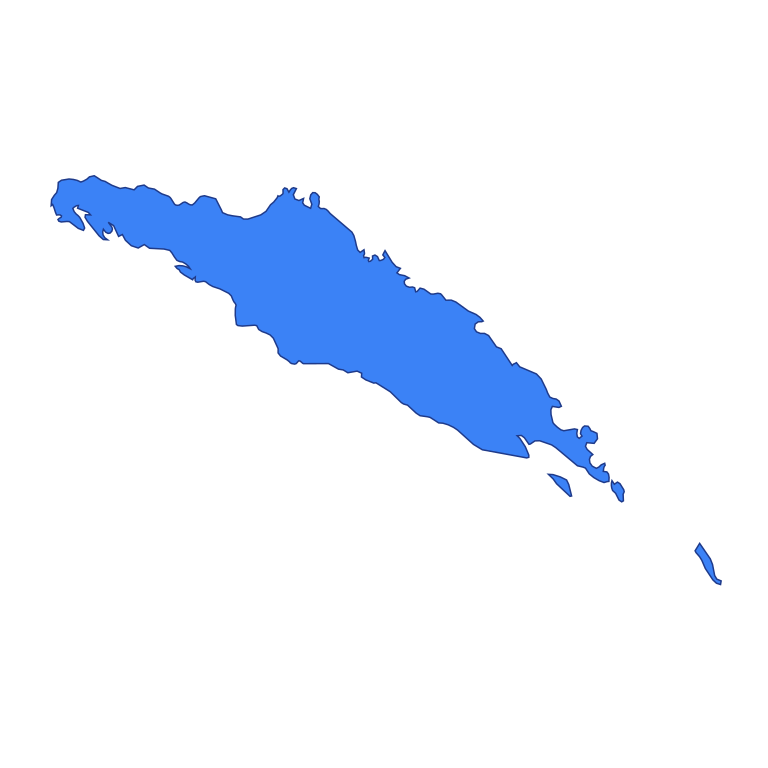 SVG path tracing the border of Nord, rotated 167°
{"feature_id": "NCL-559", "entity_name": "Nord", "entity_type": "Province", "adm_level": 1, "iso_a3": "NCL", "parent_name": "New Caledonia", "parent_adm1": "", "projection": "natural_earth1", "projection_center": [164.928, -20.615], "detail": "fine", "context": "isolated", "style": "filled", "palette": "blue", "viewbox_px": 768, "rotation_deg": 167, "n_neighbors": 0, "source": "natural_earth", "source_scale": "10m", "svg_char_len": 5405}
<svg xmlns="http://www.w3.org/2000/svg" viewBox="0 0 768 768"><g transform="rotate(167 384 384)"><path d="M445.0,591.2L444.4,590.6L442.8,590.6L440.8,591.5L439.3,592.4L439.5,592.3L438.7,596.1L436.7,597.4L434.6,596.1L433.5,592.3L431.8,594.0L430.0,595.3L428.0,595.6L425.4,594.1L429.8,588.8L429.2,584.3L425.6,581.9L420.6,582.9L422.5,578.8L421.4,576.1L416.0,571.7L413.9,575.4L414.6,581.2L412.8,584.8L410.4,586.5L408.1,585.9L406.3,583.8L405.0,580.9L405.9,578.7L406.0,576.4L406.8,574.0L408.1,571.7L406.4,569.3L404.8,568.8L403.0,568.5L401.0,567.1L399.7,565.3L398.1,562.2L381.1,539.2L380.0,535.5L379.7,529.6L379.8,525.3L379.5,520.5L377.7,517.6L373.3,519.3L373.6,515.7L373.9,514.9L375.0,513.7L375.0,511.6L373.5,511.6L372.4,511.2L370.1,510.0L371.5,507.9L371.2,506.7L369.6,506.7L367.0,508.1L366.4,511.3L363.8,511.7L361.7,509.6L360.8,505.3L359.4,505.1L356.5,505.6L354.7,507.1L356.1,510.0L354.6,511.9L353.0,513.7L348.7,500.8L345.8,495.6L342.0,493.0L346.4,489.4L344.4,487.1L339.5,484.9L335.7,481.6L339.3,481.2L341.2,479.5L341.5,477.0L340.2,474.3L337.4,472.5L334.4,472.1L332.5,470.9L332.4,466.7L330.9,466.7L327.3,469.3L323.7,467.4L318.2,461.2L315.8,460.5L311.1,460.3L308.6,459.2L307.7,457.8L304.8,451.7L299.6,450.6L295.5,447.7L285.4,436.1L278.6,431.0L275.5,427.3L273.2,423.0L274.7,422.7L278.1,423.4L281.7,421.9L283.5,417.6L282.1,414.0L278.7,411.6L274.7,410.7L271.2,407.7L266.1,394.9L261.9,392.0L254.9,373.2L253.6,374.2L252.6,374.4L251.5,374.6L250.2,375.0L247.9,370.2L233.2,359.5L229.7,353.5L227.1,342.3L226.6,338.5L225.4,334.0L222.7,331.9L219.6,330.6L217.3,328.0L216.2,322.4L218.8,321.8L225.0,324.3L227.2,321.4L228.1,316.8L228.1,308.4L227.2,306.5L224.8,302.9L221.9,299.5L219.3,298.0L208.5,297.4L205.8,296.1L207.3,292.5L207.5,289.0L206.0,287.1L202.8,288.7L203.7,291.4L202.4,294.5L200.2,297.0L198.0,298.0L194.6,296.9L193.5,294.4L192.9,291.9L191.0,290.7L187.6,288.0L188.3,282.6L192.6,278.9L199.6,281.2L201.7,278.0L200.8,274.6L196.4,268.3L199.1,267.0L200.8,264.4L201.1,260.8L199.6,257.1L196.1,254.1L193.4,254.7L190.5,256.4L186.8,257.1L186.8,255.1L188.0,254.0L188.8,252.7L190.0,249.5L186.6,248.2L185.5,245.7L185.7,242.3L186.8,238.5L188.6,238.7L191.8,238.5L196.1,241.4L200.6,245.6L204.2,250.2L206.6,256.7L208.7,258.2L213.9,260.8L230.9,283.3L234.4,287.0L245.1,293.7L249.7,294.6L254.9,292.6L256.3,292.6L259.3,300.1L261.8,303.0L265.9,303.6L263.8,300.3L260.4,291.0L258.9,282.1L259.4,280.0L261.6,279.9L303.0,297.8L310.4,305.0L322.7,322.6L326.0,326.1L330.6,329.8L335.5,332.6L339.5,333.8L346.6,341.1L349.0,342.3L356.0,345.0L359.3,348.5L365.8,358.1L369.4,360.1L371.3,362.0L379.6,375.0L391.6,387.0L393.8,387.2L400.8,392.1L404.4,395.9L403.3,399.5L407.3,402.6L416.7,403.1L420.6,406.9L425.0,408.7L433.5,416.4L457.8,421.9L458.5,422.4L460.4,425.0L461.7,425.8L462.5,425.4L463.7,424.5L465.1,423.6L466.6,423.5L469.4,424.7L470.5,425.7L471.2,427.0L472.9,429.2L478.5,434.5L480.2,438.1L479.2,442.2L481.5,453.5L483.9,457.4L487.4,460.2L491.0,462.5L493.8,465.3L494.9,469.5L496.8,470.4L509.0,472.3L513.2,473.8L514.4,475.2L513.5,484.3L512.0,490.5L511.4,492.1L510.4,494.1L510.8,495.9L511.7,497.7L512.2,499.6L513.0,504.3L514.9,507.3L522.5,513.6L528.9,517.5L531.9,520.2L534.9,523.9L536.7,524.7L542.6,525.1L544.3,525.9L544.7,527.7L543.8,530.7L545.2,530.0L545.8,529.9L546.2,529.6L547.0,528.6L554.1,535.2L557.1,538.8L558.0,541.7L559.2,542.6L559.8,543.4L560.9,545.6L557.1,545.5L553.5,544.4L550.2,542.6L547.0,540.0L548.0,542.6L550.2,545.7L552.9,548.2L555.6,549.3L558.0,551.1L559.7,555.1L561.2,559.5L562.7,562.4L568.0,565.0L581.9,569.0L586.2,573.8L592.9,571.8L599.1,575.6L603.6,582.2L605.3,588.5L609.4,587.5L611.8,599.1L616.3,603.6L613.9,598.2L613.7,596.1L614.8,594.1L616.9,592.7L619.0,592.8L621.0,594.5L622.6,597.9L623.9,595.4L624.2,592.5L623.2,589.4L620.9,586.7L625.0,587.9L628.3,592.5L636.3,609.1L637.8,613.7L636.8,616.1L631.9,614.8L633.5,617.7L643.0,624.2L641.6,626.7L643.4,626.9L646.2,626.0L647.7,625.1L647.1,621.6L645.8,619.0L644.2,616.9L643.0,614.8L641.1,608.3L640.6,603.3L642.3,601.3L646.9,604.4L654.0,613.0L656.4,613.7L662.1,614.5L664.2,615.8L664.7,617.6L663.1,618.5L661.1,619.1L660.4,620.3L661.4,621.5L662.9,622.0L665.0,622.3L665.5,625.2L665.9,630.3L666.5,633.5L668.2,632.6L666.4,638.5L662.8,642.0L659.9,644.1L657.7,648.1L656.0,653.7L652.4,655.1L644.8,654.6L640.7,653.2L637.1,651.4L634.0,649.0L631.4,649.3L627.5,650.4L624.4,652.1L619.5,652.1L617.1,649.7L613.6,646.0L610.1,644.1L607.7,641.8L604.4,638.8L597.2,633.9L591.9,633.6L583.8,629.4L579.7,632.0L573.0,631.8L569.5,628.0L563.8,625.5L559.0,620.4L557.5,619.1L551.7,615.4L550.4,613.8L549.7,612.2L547.7,606.4L546.9,605.4L545.3,604.6L543.3,604.4L538.8,606.1L537.0,606.1L535.3,604.8L533.9,603.3L532.3,602.1L530.5,601.6L527.8,602.9L522.4,607.0L520.8,607.9L518.3,607.9L516.5,607.8L506.3,602.3L503.3,590.2L502.8,587.3L498.3,584.0L493.6,581.9L486.2,579.1L483.8,576.3L479.5,575.3L466.0,576.5L460.1,578.8L454.2,584.2L450.5,586.1L446.1,589.6L445.0,591.2ZM115.3,144.6L117.9,149.5L118.4,151.5L112.3,157.7L105.4,140.2L104.5,134.2L104.9,123.0L103.6,119.0L99.8,116.3L101.2,112.9L104.9,115.1L107.6,119.1L112.4,131.9L114.0,140.7L115.3,144.6ZM240.5,253.4L244.1,259.0L239.7,257.7L233.1,253.8L227.7,249.4L226.6,244.5L226.4,232.7L228.0,232.7L238.3,248.0L240.5,253.4ZM185.2,228.8L185.5,231.5L185.3,234.0L184.7,236.3L183.6,238.5L182.1,234.5L178.6,235.9L176.5,233.8L174.2,227.1L174.2,225.0L175.8,222.8L177.0,216.3L178.9,215.7L181.1,218.0L182.9,225.4L185.2,228.8Z" fill="#3b82f6" stroke="#1e3a8a" stroke-width="1.5"/></g></svg>